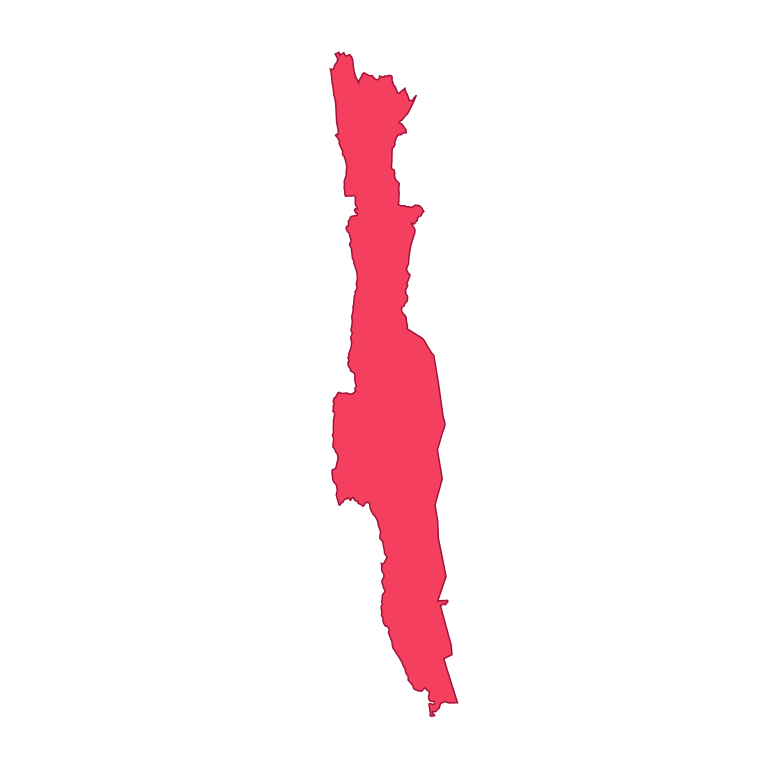 Gangaw, Magway, Myanmar, rotated 176°
{"feature_id": "60261553B4120080326164", "entity_name": "Gangaw", "entity_type": "district", "adm_level": 2, "iso_a3": "MMR", "parent_name": "Myanmar", "parent_adm1": "Magway", "projection": "equal_earth", "projection_center": [94.202, 21.795], "detail": "fine", "context": "isolated", "style": "filled", "palette": "rose", "viewbox_px": 768, "rotation_deg": 176, "n_neighbors": 0, "source": "geoboundaries", "source_scale": "gbopen_adm2", "svg_char_len": 6122}
<svg xmlns="http://www.w3.org/2000/svg" viewBox="0 0 768 768"><g transform="rotate(176 384 384)"><path d="M332.5,285.3L335.3,314.5L329.0,331.7L326.9,336.0L326.0,339.0L326.2,342.3L327.3,347.2L329.6,380.5L332.3,408.9L334.8,412.4L338.7,419.9L340.1,423.3L341.5,425.6L343.1,427.3L351.1,433.1L356.7,437.3L357.2,438.1L356.5,439.6L357.3,445.4L357.2,448.9L358.7,451.4L361.0,454.3L361.3,457.3L360.8,459.4L358.3,460.6L357.7,462.7L355.2,464.9L354.4,468.2L354.5,470.2L355.8,472.5L356.0,474.8L355.6,476.7L353.4,480.7L354.1,482.2L354.1,483.2L353.3,484.3L350.4,490.9L350.7,491.7L351.5,491.9L351.6,492.4L352.0,492.5L353.5,496.5L353.3,497.8L351.1,502.5L350.5,507.3L349.0,514.7L347.4,520.6L345.6,525.7L343.0,531.8L342.5,534.1L342.4,536.3L344.9,540.7L345.5,542.5L344.5,542.4L342.9,541.4L339.4,544.9L338.9,547.0L337.7,548.5L335.6,549.1L333.4,552.4L332.2,553.3L334.1,556.9L335.7,558.9L336.9,559.6L340.4,560.2L343.9,558.3L344.8,558.3L346.7,559.1L349.6,559.2L350.7,560.4L354.6,560.5L357.4,562.4L356.9,563.1L356.4,565.3L356.1,569.8L355.5,573.7L355.8,576.2L355.4,578.1L355.5,580.5L354.7,581.8L354.8,583.0L358.1,587.0L358.9,590.1L358.9,591.5L358.5,593.8L359.0,596.9L360.4,597.6L361.4,598.5L361.3,601.5L360.6,605.7L360.1,612.4L359.4,617.8L359.0,618.9L357.3,620.3L356.5,621.6L356.4,624.0L355.0,627.8L354.1,629.6L352.5,631.2L350.6,631.8L349.8,631.4L347.6,632.9L344.2,633.1L344.5,636.2L347.9,642.0L350.4,643.3L350.5,644.3L347.0,646.6L346.9,647.0L345.5,648.2L345.3,648.6L343.3,650.9L342.0,651.4L335.9,661.4L331.5,669.9L334.2,667.2L335.2,665.4L335.9,664.9L338.9,665.0L340.8,672.0L341.7,673.2L342.0,674.9L342.3,675.5L342.5,677.5L347.5,673.9L349.1,673.0L350.0,673.5L352.3,680.3L353.4,681.0L354.8,687.1L354.5,688.9L354.6,690.4L356.2,691.4L358.6,691.4L359.6,690.9L361.9,691.2L362.7,690.4L363.8,690.3L366.9,691.5L367.3,689.7L367.8,688.8L369.0,688.0L370.8,688.2L372.9,690.3L374.3,692.5L376.9,692.4L381.9,695.7L382.8,695.6L384.0,694.6L384.6,692.7L385.0,692.6L385.5,691.5L386.8,689.9L388.0,687.6L388.3,686.3L390.9,692.8L391.9,697.6L392.5,703.2L392.6,709.5L393.7,713.1L394.6,713.8L395.1,714.9L396.4,714.7L398.1,713.9L399.5,713.9L401.0,717.3L402.8,716.1L403.9,716.0L404.9,714.8L406.1,718.7L406.4,717.2L408.0,717.2L409.7,716.7L407.4,711.6L407.9,710.6L407.9,709.1L410.6,706.1L410.6,705.1L411.4,704.6L411.7,703.0L412.5,701.8L414.4,701.5L415.6,701.9L415.3,700.5L414.9,695.6L414.6,686.8L414.0,683.2L414.2,681.1L413.7,677.8L414.2,676.4L413.3,673.8L412.6,667.3L413.0,648.1L411.9,639.9L412.4,636.9L412.8,635.9L413.7,636.4L414.5,636.0L415.0,635.4L412.6,632.0L411.5,628.9L412.0,627.0L408.9,618.6L409.5,616.3L409.0,615.0L407.8,614.0L407.7,612.0L406.9,610.5L406.6,607.3L406.1,606.3L406.1,602.8L407.1,596.8L406.9,595.5L409.6,588.9L409.6,584.8L410.1,583.5L409.7,577.8L409.8,575.3L409.1,573.9L405.8,574.1L404.1,573.7L401.9,574.1L400.5,573.8L400.0,573.3L399.5,572.6L400.1,565.8L399.8,564.1L398.5,561.7L398.4,560.7L399.1,560.5L400.3,560.8L401.1,560.1L401.4,559.3L400.0,556.4L398.9,555.9L398.5,555.2L399.2,554.1L404.2,553.6L406.0,552.6L406.8,550.3L407.8,549.6L408.4,548.3L408.1,547.1L408.8,543.9L410.2,543.8L410.5,543.4L410.9,541.4L409.6,538.2L408.7,537.7L408.2,536.4L407.6,532.6L406.6,529.9L407.6,527.2L408.4,526.8L408.6,525.3L407.7,522.6L407.1,521.8L406.7,511.5L405.5,508.7L405.8,507.3L403.3,497.7L403.1,492.0L403.5,489.6L404.2,487.7L404.3,486.1L404.6,486.0L404.6,484.1L404.0,483.5L404.1,482.2L405.1,479.8L406.5,478.0L406.4,475.7L407.6,473.3L408.5,467.0L409.7,462.0L409.6,459.8L411.5,453.2L411.5,451.0L411.2,450.0L411.3,449.0L411.8,445.5L413.1,440.1L412.9,438.7L412.1,437.8L412.4,436.1L414.1,432.2L413.3,428.0L413.9,424.4L414.3,422.6L416.5,418.0L417.1,416.5L417.2,414.1L418.1,412.8L418.0,411.9L417.5,410.9L417.3,409.5L418.3,408.3L418.5,405.8L418.2,404.4L416.8,402.0L416.3,399.5L415.9,398.9L413.1,397.2L412.4,395.1L412.8,390.6L412.7,388.1L411.7,383.5L412.8,382.6L413.3,381.6L413.3,380.1L412.5,378.9L416.9,376.0L417.8,376.5L419.4,376.4L421.4,377.6L426.9,377.5L429.2,378.8L430.5,378.4L432.6,375.3L433.1,374.1L434.8,373.5L436.0,369.3L435.2,368.3L435.0,367.2L436.2,365.8L436.3,362.3L436.9,360.1L435.7,359.9L435.4,357.0L436.8,352.1L437.7,342.9L437.8,339.1L439.1,336.3L438.4,334.8L438.1,332.5L439.4,325.7L439.3,324.7L437.9,322.7L436.7,319.3L435.4,317.2L435.1,315.2L435.1,312.7L437.8,304.0L438.8,302.8L441.3,302.1L441.9,301.6L442.0,296.3L441.7,294.5L441.9,292.6L441.1,290.2L438.5,286.4L438.0,281.2L439.2,277.6L439.3,276.0L437.2,266.3L436.1,266.5L435.4,268.1L433.5,268.7L432.2,270.8L430.3,272.0L429.0,272.0L428.2,272.9L426.9,272.5L426.3,271.2L426.2,271.5L425.3,270.5L424.2,272.0L422.8,273.0L422.2,272.4L421.7,270.7L420.3,269.3L418.2,268.5L418.0,266.7L415.1,265.2L413.9,263.6L412.5,264.0L411.3,266.2L410.2,267.1L406.8,266.3L406.5,261.1L405.6,258.5L404.3,255.4L401.9,252.2L399.9,247.8L399.3,242.6L397.7,237.0L398.7,232.6L398.8,230.0L397.0,227.8L396.2,226.4L395.7,220.4L395.3,219.0L395.3,215.1L394.2,212.9L393.3,211.7L393.4,210.2L396.7,205.2L397.9,204.3L399.1,205.2L399.1,197.4L397.4,194.2L397.4,192.0L399.9,187.6L399.7,185.0L399.0,183.1L398.7,180.5L397.9,179.2L397.4,177.1L398.2,175.9L399.9,174.4L400.4,173.1L400.8,169.8L401.6,166.6L401.1,164.9L401.2,163.6L402.5,162.3L402.1,156.6L402.6,153.0L401.3,151.1L401.5,148.8L401.2,145.7L399.5,142.3L398.0,142.4L395.8,139.2L396.7,136.5L396.8,135.2L394.1,126.6L393.9,122.2L393.3,119.5L390.8,115.5L390.1,113.6L389.3,112.7L385.5,105.3L384.2,100.9L382.9,98.4L382.6,95.7L381.8,93.1L380.3,90.9L380.5,86.7L378.5,84.4L376.0,80.5L375.9,78.8L374.9,77.4L372.9,76.2L369.7,75.1L367.6,75.0L365.4,77.4L364.4,78.0L363.9,77.8L363.2,76.3L360.6,74.1L360.4,72.2L361.4,68.7L361.4,67.0L360.4,64.6L356.4,63.7L355.7,62.6L356.2,61.1L357.5,60.7L359.0,61.6L360.5,61.9L361.4,61.7L361.4,59.1L361.0,57.0L360.7,52.2L361.2,50.2L360.3,49.3L356.8,49.5L357.0,50.5L358.3,52.1L358.8,53.3L358.1,53.8L355.7,53.5L354.5,54.3L353.1,55.8L351.4,56.8L350.8,59.4L350.3,59.9L350.1,61.2L345.6,63.0L341.4,61.3L332.9,60.9L341.0,94.7L343.4,105.8L335.1,109.3L335.2,118.8L343.1,158.6L341.9,159.1L341.3,160.0L340.1,160.5L338.3,159.5L335.4,162.6L335.8,163.7L343.9,163.9L345.6,163.6L335.5,187.6L340.5,226.0L340.0,243.5L341.5,259.8L332.5,285.3Z" fill="#f43f5e" stroke="#9f1239" stroke-width="1.5"/></g></svg>